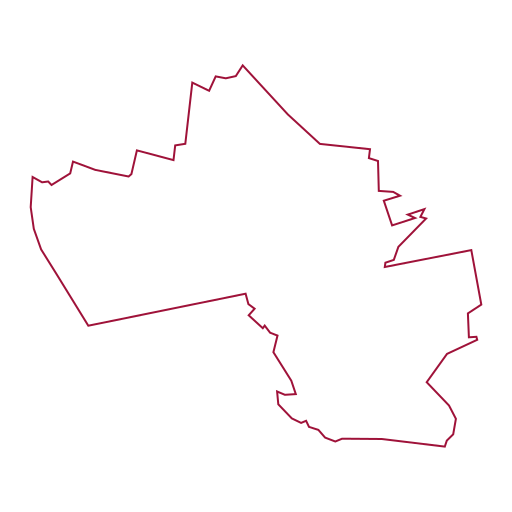 Ballyfermot-Drimnagh Lea-5, South Dublin, Ireland (Albers equal-area conic projection)
{"feature_id": "5873133B64258564614963", "entity_name": "Ballyfermot-Drimnagh Lea-5", "entity_type": "district", "adm_level": 2, "iso_a3": "IRL", "parent_name": "Ireland", "parent_adm1": "South Dublin", "projection": "albers", "projection_center": [-6.344, 53.336], "detail": "fine", "context": "isolated", "style": "outline", "palette": "rose", "viewbox_px": 512, "rotation_deg": 0, "n_neighbors": 0, "source": "geoboundaries", "source_scale": "gbopen_adm2", "svg_char_len": 1068}
<svg xmlns="http://www.w3.org/2000/svg" viewBox="0 0 512 512"><path d="M88.3,325.7L245.6,293.7L248.4,304.1L254.6,308.7L248.7,315.3L262.8,328.2L264.7,325.6L270.1,332.7L277.5,335.6L273.4,352.2L291.3,380.7L295.8,394.1L284.9,394.8L277.1,391.5L278.3,404.3L291.8,418.4L301.1,422.9L306.1,420.8L309.0,426.9L318.4,429.9L325.1,437.6L335.3,441.5L342.1,438.7L381.8,439.0L444.8,446.6L446.8,440.6L453.2,434.3L455.9,418.8L449.0,405.5L426.7,382.2L447.0,353.9L477.2,339.8L476.4,336.8L468.9,337.3L467.9,313.4L481.3,304.6L471.3,250.1L384.8,267.0L385.4,262.7L393.8,259.9L398.4,246.8L426.1,218.5L420.4,216.9L424.4,209.1L407.8,214.6L415.0,218.0L392.1,225.4L383.8,200.7L400.0,195.7L393.2,191.9L378.8,190.9L378.0,161.0L368.9,158.1L370.0,149.2L319.9,143.9L287.8,114.4L242.7,65.4L235.8,76.1L225.8,78.3L215.7,76.4L209.1,90.8L192.3,82.6L185.3,143.8L175.2,145.4L173.5,160.1L136.9,150.4L131.4,174.1L128.6,176.5L95.3,169.9L73.0,161.6L70.2,173.4L51.5,185.0L48.2,181.5L42.1,182.3L32.6,177.0L30.7,207.2L33.8,228.8L41.1,249.4L56.9,274.7L88.3,325.7Z" fill="none" stroke="#9f1239" stroke-width="2"/></svg>